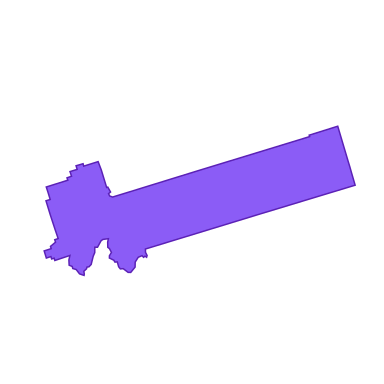 Juab, Utah, United States of America, rotated 163°
{"feature_id": "52423323B30797583930625", "entity_name": "Juab", "entity_type": "district", "adm_level": 2, "iso_a3": "USA", "parent_name": "United States of America", "parent_adm1": "Utah", "projection": "equal_earth", "projection_center": [-112.172, 39.663], "detail": "fine", "context": "isolated", "style": "filled", "palette": "violet", "viewbox_px": 384, "rotation_deg": 163, "n_neighbors": 0, "source": "geoboundaries", "source_scale": "gbopen_adm2", "svg_char_len": 1280}
<svg xmlns="http://www.w3.org/2000/svg" viewBox="0 0 384 384"><g transform="rotate(163 192 192)"><path d="M343.2,166.6L327.3,167.0L329.6,163.0L330.9,157.9L328.3,155.8L328.4,153.7L325.4,151.7L323.5,146.6L321.5,145.1L319.6,143.8L319.0,145.0L318.6,147.8L315.3,149.4L314.4,150.9L312.4,150.6L309.6,152.2L305.3,159.4L302.7,162.5L301.1,167.6L298.5,166.8L293.3,171.9L291.1,172.7L285.6,171.8L287.3,168.7L288.7,163.7L287.5,162.0L286.7,157.8L289.6,155.2L290.3,153.0L286.7,149.6L286.2,147.5L283.9,147.0L284.0,141.9L283.0,139.4L280.2,138.8L276.6,133.8L274.1,133.0L268.4,136.8L266.8,141.6L262.5,145.3L258.4,145.7L257.4,143.7L255.7,144.4L254.5,142.9L253.5,144.4L254.1,147.9L253.2,151.1L136.7,151.1L34.0,150.8L33.8,165.2L33.7,169.7L33.7,175.6L33.4,212.3L63.3,212.1L63.3,210.6L182.2,210.6L251.6,210.4L269.4,210.4L271.9,212.3L272.3,214.8L269.9,215.8L271.1,221.3L272.3,221.3L272.3,225.0L272.3,228.9L272.3,236.7L272.3,239.6L272.9,248.5L288.0,248.4L287.9,250.9L295.2,251.0L295.2,247.2L302.7,247.2L302.6,242.3L307.4,242.1L307.3,239.6L329.9,239.4L329.8,233.6L329.8,226.3L334.2,226.3L334.2,211.4L333.9,196.3L333.6,186.6L337.2,186.5L337.2,183.9L343.2,181.4L343.2,179.0L350.6,178.9L350.6,171.4L345.8,171.5L345.8,169.0L343.2,169.0L343.2,166.6Z" fill="#8b5cf6" stroke="#5b21b6" stroke-width="1.5"/></g></svg>